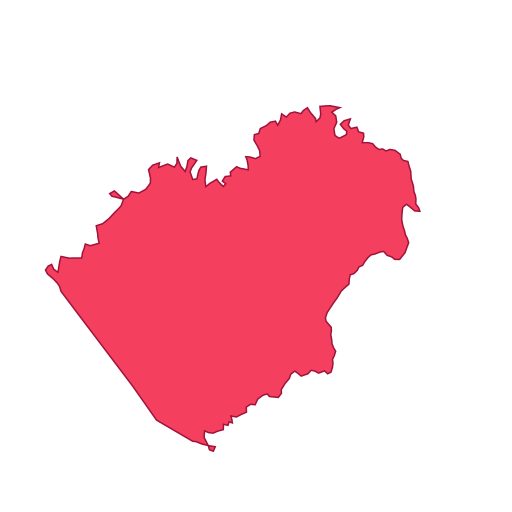 the district of Congonhinhas, Paraná, Brazil, rotated 233°
{"feature_id": "56859067B3858872318801", "entity_name": "Congonhinhas", "entity_type": "district", "adm_level": 2, "iso_a3": "BRA", "parent_name": "Brazil", "parent_adm1": "Paraná", "projection": "mercator", "projection_center": [-50.497, -23.623], "detail": "fine", "context": "isolated", "style": "filled", "palette": "rose", "viewbox_px": 512, "rotation_deg": 233, "n_neighbors": 0, "source": "geoboundaries", "source_scale": "gbopen_adm2", "svg_char_len": 3312}
<svg xmlns="http://www.w3.org/2000/svg" viewBox="0 0 512 512"><g transform="rotate(233 256 256)"><path d="M381.1,184.4L379.1,181.4L377.2,178.3L376.4,174.0L375.9,169.8L374.3,160.6L374.1,152.9L376.3,146.6L369.0,142.9L365.9,140.9L360.6,138.4L364.0,129.8L368.3,126.9L364.9,122.6L363.1,119.5L359.3,115.6L364.4,108.8L366.5,105.7L373.0,100.0L369.9,96.1L362.2,88.0L367.2,86.5L372.3,87.7L373.0,84.1L371.5,79.4L367.1,78.7L359.3,80.4L353.9,81.0L349.9,80.8L345.1,79.0L314.2,79.0L226.3,79.2L184.8,77.8L146.2,93.9L143.7,96.5L138.8,99.4L133.3,103.8L142.4,105.4L147.3,109.7L143.5,111.8L140.3,115.2L139.2,119.9L137.0,125.4L141.2,128.8L137.6,131.7L139.7,134.7L136.9,136.7L140.1,138.4L143.3,139.7L139.2,143.5L138.3,149.0L137.0,154.4L141.2,157.3L140.8,162.5L137.7,165.8L140.6,171.1L140.7,177.3L139.2,181.9L135.6,182.2L132.5,185.6L129.6,188.7L131.1,193.8L134.1,195.8L136.7,202.5L138.1,208.8L140.7,212.7L140.7,217.7L137.4,218.8L132.9,219.8L130.7,226.5L131.5,231.4L128.7,233.7L124.8,235.5L123.0,241.6L118.8,242.3L118.1,246.0L121.1,250.1L124.2,253.1L127.3,254.8L129.4,258.7L132.0,262.3L135.8,262.7L140.2,263.9L144.0,266.3L148.2,268.4L151.1,271.4L153.9,273.2L158.2,272.9L161.7,272.7L164.8,274.2L168.1,279.0L169.8,283.9L171.8,289.5L173.6,295.3L175.1,299.1L176.7,303.0L177.2,307.2L177.6,313.3L181.1,316.3L184.3,319.9L183.0,323.5L183.6,328.2L185.3,331.6L184.4,335.5L186.0,339.5L187.3,344.3L187.7,348.5L186.0,352.2L184.5,357.6L182.8,360.7L177.7,361.1L173.3,364.0L169.9,364.7L166.8,368.6L169.0,377.1L172.3,382.1L174.7,385.9L179.0,387.4L183.0,388.1L186.8,389.8L191.4,391.3L197.3,394.2L201.9,398.0L206.5,402.4L206.8,407.2L203.0,408.4L196.5,409.9L193.1,413.8L196.5,414.9L201.4,414.9L205.2,418.0L208.4,419.7L212.7,421.0L216.7,423.6L220.1,424.9L224.1,426.3L227.6,428.6L230.6,430.6L235.8,432.4L240.1,434.2L243.6,431.2L246.9,430.8L250.4,432.4L256.7,430.6L260.5,427.1L261.6,423.0L265.2,421.6L267.2,418.2L271.3,417.0L275.5,416.8L279.0,413.8L282.6,409.0L286.3,413.8L289.4,415.8L293.4,412.7L298.2,414.1L300.7,408.5L305.0,408.5L308.7,413.9L311.0,407.8L310.4,402.6L304.9,402.6L301.1,403.6L298.6,401.3L299.1,397.6L300.0,393.3L304.7,391.6L310.8,394.8L314.2,400.9L319.9,404.0L325.2,403.1L324.9,408.5L324.0,412.3L331.4,405.6L334.1,401.7L337.0,397.1L330.3,393.0L327.8,390.2L327.1,384.8L330.1,386.3L333.5,386.1L337.7,385.8L343.5,386.3L343.7,381.4L342.7,377.5L347.8,373.5L349.6,369.0L348.7,363.8L354.1,362.0L349.9,357.4L347.4,352.0L352.0,352.7L354.3,347.9L353.9,342.8L355.2,336.1L352.2,332.0L353.9,327.7L349.8,324.1L343.1,323.3L338.0,322.3L333.1,319.3L334.1,314.1L338.4,311.0L341.5,307.6L338.2,306.7L333.1,304.2L329.5,301.7L335.5,296.2L339.0,294.2L338.4,285.9L335.2,284.0L338.0,279.2L336.1,274.2L331.9,275.3L331.2,271.7L337.3,270.8L340.9,270.8L341.8,262.7L341.5,257.7L344.7,259.4L347.6,261.1L352.2,265.8L357.5,270.5L360.2,265.4L358.6,261.7L355.4,257.8L353.2,255.2L355.2,251.5L362.9,254.0L365.1,257.6L368.0,266.3L373.6,263.0L373.2,259.2L369.0,254.6L366.1,250.3L373.2,249.9L382.6,252.6L377.7,248.7L376.0,244.3L382.6,240.8L385.3,231.4L388.5,235.0L390.7,228.2L389.7,222.2L381.7,218.6L377.7,215.4L375.6,208.0L376.8,200.3L382.6,195.2L380.6,189.7L381.1,184.4ZM381.1,184.4L393.2,182.1L393.9,176.7L390.3,176.9L387.6,179.3L384.7,181.5L381.1,184.4ZM133.3,103.8L129.3,102.2L125.8,104.4L128.2,108.7L133.3,103.8Z" fill="#f43f5e" stroke="#9f1239" stroke-width="1.5"/></g></svg>